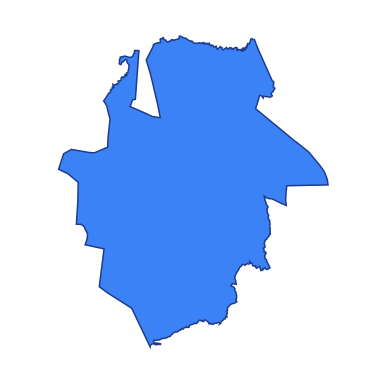 Tepalcingo, Morelos, Mexico, rotated 5°
{"feature_id": "50627088B98541871287942", "entity_name": "Tepalcingo", "entity_type": "district", "adm_level": 2, "iso_a3": "MEX", "parent_name": "Mexico", "parent_adm1": "Morelos", "projection": "equal_earth", "projection_center": [-98.876, 18.569], "detail": "fine", "context": "isolated", "style": "filled", "palette": "blue", "viewbox_px": 384, "rotation_deg": 5, "n_neighbors": 0, "source": "geoboundaries", "source_scale": "gbopen_adm2", "svg_char_len": 5922}
<svg xmlns="http://www.w3.org/2000/svg" viewBox="0 0 384 384"><g transform="rotate(5 192 192)"><path d="M325.8,168.2L324.5,165.1L322.6,161.4L321.3,159.3L316.9,154.2L304.9,142.1L292.1,133.5L290.7,132.8L248.1,103.5L251.1,89.7L253.2,90.3L254.7,92.2L255.1,90.4L261.0,90.6L261.4,90.9L263.5,89.5L263.5,88.8L262.4,87.6L262.3,87.0L262.6,86.4L264.0,85.0L264.3,83.5L265.5,82.0L265.5,81.3L264.1,80.7L263.7,77.5L264.0,77.0L264.0,76.3L263.6,74.8L262.4,74.4L261.1,72.2L245.5,44.1L240.9,34.8L240.3,34.6L239.5,34.9L239.0,34.8L238.5,34.2L238.3,34.6L237.4,34.4L236.2,39.4L235.0,39.1L234.2,39.6L234.6,40.6L233.7,41.5L234.2,42.5L234.1,43.3L232.7,43.1L233.2,44.8L232.6,45.0L232.1,44.3L231.5,44.2L232.0,45.9L231.8,46.5L231.3,46.4L231.1,45.7L230.0,44.3L229.6,44.5L229.6,46.0L229.9,47.3L229.4,47.5L228.6,46.9L228.0,45.9L227.5,45.8L226.5,46.3L225.5,45.9L225.0,47.1L224.6,47.0L224.3,45.9L224.4,44.7L223.8,44.1L222.1,44.6L220.1,46.4L219.3,46.2L219.4,45.5L218.9,45.0L217.9,45.3L217.4,44.9L217.0,44.9L215.5,46.6L214.4,45.9L213.7,45.0L211.1,47.6L210.5,47.9L209.9,47.2L209.8,46.0L207.5,44.7L207.0,45.5L204.7,47.5L203.6,45.6L203.4,44.6L202.8,44.8L202.6,45.5L201.0,45.4L200.0,44.1L198.7,43.9L198.3,44.7L197.5,44.5L196.5,43.1L196.4,42.5L196.0,42.2L195.2,43.2L195.0,42.8L194.1,42.6L193.6,43.3L192.7,43.2L191.8,42.3L190.7,43.3L189.9,42.2L189.5,42.6L189.9,43.0L188.4,42.7L187.3,43.2L186.4,42.7L185.8,42.8L185.5,43.1L184.1,43.4L181.1,43.5L180.3,43.3L179.9,42.6L178.7,41.6L178.3,42.2L177.2,41.9L173.3,40.1L172.7,39.3L170.7,39.3L169.7,39.0L166.7,37.6L166.2,37.7L165.8,38.1L165.7,40.4L160.0,42.6L160.0,42.1L159.2,41.9L157.8,42.5L157.2,43.1L157.1,43.7L156.7,44.0L155.9,43.9L154.8,44.7L153.0,43.9L152.9,43.1L151.0,42.7L149.9,40.7L149.5,40.7L149.7,41.7L149.2,42.0L147.6,41.9L146.9,42.6L147.6,45.4L147.3,46.1L145.1,46.2L143.9,46.7L142.0,47.6L140.6,48.9L140.9,49.6L134.9,64.5L140.8,79.3L150.5,108.9L153.9,120.7L145.9,120.3L139.0,117.7L122.8,112.2L123.1,111.8L124.7,105.5L127.5,104.6L126.8,55.8L122.8,55.9L122.3,56.7L122.7,57.6L122.7,58.6L122.0,59.1L121.1,62.1L119.6,63.0L118.3,63.4L113.1,62.4L112.5,62.9L110.6,63.2L109.4,63.8L108.8,63.9L108.8,65.2L108.2,66.4L108.4,68.0L108.3,70.6L109.6,71.3L110.2,71.1L110.9,68.6L112.2,68.3L113.6,66.3L114.8,65.6L115.2,65.8L116.2,68.9L117.6,70.2L118.4,72.0L117.7,78.5L116.5,79.1L116.4,80.5L117.1,81.3L116.8,81.7L115.9,80.9L115.1,80.8L114.9,81.3L115.7,82.0L114.1,83.1L113.9,84.3L112.3,83.5L111.9,83.8L111.5,85.1L111.6,87.0L109.6,87.8L108.8,87.7L108.6,88.1L109.4,89.5L108.5,90.7L107.9,90.7L107.5,91.7L106.7,91.5L105.4,92.1L104.9,91.8L104.2,92.0L103.9,91.8L104.1,93.3L105.0,94.2L104.9,94.5L104.5,93.9L104.3,94.4L103.4,94.7L103.8,95.3L103.4,96.4L103.2,96.7L102.3,96.8L102.4,97.2L101.8,97.8L102.3,99.1L101.3,100.3L100.8,100.4L96.0,109.1L97.3,110.4L99.9,114.3L101.1,118.4L104.0,126.5L103.6,144.9L104.1,154.7L91.3,161.5L86.2,161.6L68.1,160.1L60.8,165.1L57.1,181.0L66.8,184.6L77.8,192.3L79.1,212.0L79.6,234.2L84.5,233.9L87.7,236.0L88.2,237.3L91.7,243.0L91.5,247.9L91.1,250.2L90.1,253.9L109.3,256.3L107.9,294.5L116.8,299.9L142.1,313.1L163.7,349.8L163.7,349.1L164.4,347.6L165.7,346.8L167.2,346.6L169.4,347.4L171.8,346.6L173.5,346.8L174.0,346.4L174.0,346.1L173.5,345.8L171.7,345.7L170.9,345.9L170.6,345.5L169.8,345.8L168.4,345.5L167.8,345.9L167.5,345.7L166.8,345.1L166.7,344.3L166.8,343.1L168.3,343.2L168.9,342.7L169.7,342.8L170.6,342.3L172.3,342.3L172.9,341.7L173.7,341.6L174.0,341.1L175.4,340.5L176.8,340.1L177.5,340.3L178.0,339.8L179.7,339.4L181.3,338.1L182.9,337.7L183.5,336.5L184.3,335.9L184.9,334.9L186.5,333.3L189.2,332.7L190.4,332.1L191.2,330.9L192.2,330.2L192.7,330.6L193.5,329.2L193.9,328.9L194.9,329.4L195.3,329.3L196.1,327.9L197.5,327.4L198.0,326.8L198.6,327.4L200.7,327.0L201.2,325.0L204.9,323.4L206.1,322.4L207.3,322.7L208.1,322.5L209.5,320.7L210.5,319.0L210.9,318.9L211.9,319.4L212.8,319.1L213.4,320.0L213.8,320.1L214.1,319.8L215.1,319.9L215.7,318.4L216.2,318.2L217.1,318.4L219.7,320.5L220.5,321.9L221.0,321.8L221.1,321.3L221.8,321.4L222.4,322.0L223.5,321.6L224.2,322.1L225.1,321.6L225.5,320.9L226.9,320.6L227.7,320.8L229.0,319.9L230.2,319.6L231.3,320.3L231.0,321.1L231.9,320.4L232.7,318.2L233.8,317.4L235.0,315.6L235.4,315.7L236.4,315.2L236.2,313.4L236.9,313.0L237.3,313.4L237.8,313.3L237.1,312.1L237.0,311.4L237.7,310.2L237.8,309.6L236.9,307.5L237.7,307.2L237.5,305.7L237.7,303.9L238.0,303.4L240.5,300.4L244.8,298.6L246.3,297.4L245.1,295.6L245.5,295.1L245.6,291.6L244.3,287.6L243.5,286.9L242.9,284.8L243.1,284.3L241.0,282.5L239.4,282.5L239.0,281.4L239.7,280.5L240.2,280.3L240.6,279.5L241.7,279.7L242.6,280.2L243.3,279.8L244.1,280.0L243.1,276.1L242.6,275.3L242.2,274.2L242.2,271.7L244.1,267.3L245.5,264.7L245.6,263.9L246.2,262.9L246.3,262.5L247.3,262.0L248.3,259.9L249.4,259.6L251.1,260.3L251.6,260.2L252.3,259.4L252.7,258.5L254.5,258.9L255.8,258.4L256.3,257.9L256.0,257.5L255.8,256.9L255.3,256.4L255.4,256.1L257.1,257.6L258.1,258.0L258.7,259.7L259.2,260.3L260.8,260.4L261.9,260.1L261.9,261.3L262.8,262.3L263.2,262.3L265.6,260.1L265.9,260.3L267.3,264.1L267.7,264.2L268.8,262.9L269.4,262.7L269.5,263.0L269.7,262.4L269.6,262.0L271.4,261.1L271.6,262.2L273.1,262.3L273.5,262.7L276.2,260.9L276.3,260.7L272.8,255.0L271.9,252.8L270.0,251.5L270.4,250.0L270.0,247.7L270.8,247.5L271.1,246.9L271.0,246.1L270.2,245.2L269.3,245.5L268.7,244.8L268.9,243.9L268.6,242.7L267.9,242.0L268.5,241.3L269.4,240.9L269.5,240.4L269.4,239.2L268.3,236.9L268.7,236.1L269.0,233.8L270.5,232.6L271.0,231.1L272.6,229.2L272.8,227.7L273.8,227.1L273.3,225.7L273.4,224.1L272.8,223.2L273.2,221.6L272.5,220.4L272.5,217.2L271.7,213.2L270.8,212.8L270.5,212.3L270.3,211.6L270.5,211.1L270.0,209.9L270.4,208.8L270.4,208.3L269.4,207.3L269.2,206.1L268.5,205.6L268.4,205.1L268.6,203.7L268.5,202.9L268.0,202.5L269.1,200.4L268.9,199.9L267.1,197.9L267.0,197.2L265.3,193.7L265.5,193.6L264.3,189.8L266.3,191.0L268.3,191.8L272.5,191.9L281.3,195.3L287.1,197.2L286.1,192.5L285.7,184.1L285.9,177.5L326.9,173.1L325.8,168.2Z" fill="#3b82f6" stroke="#1e3a8a" stroke-width="1.5"/></g></svg>